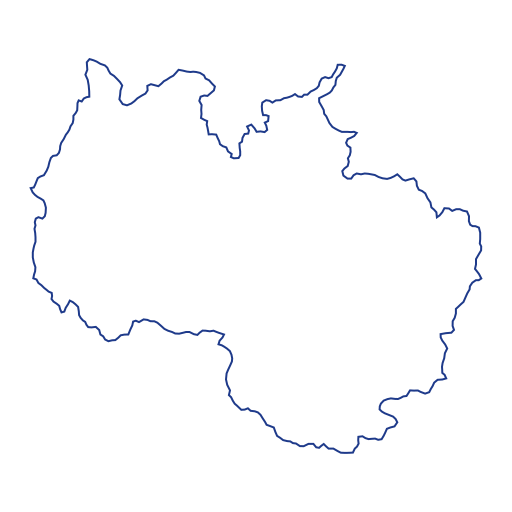 Itabira, Minas Gerais, Brazil
{"feature_id": "56859067B16136879944299", "entity_name": "Itabira", "entity_type": "district", "adm_level": 2, "iso_a3": "BRA", "parent_name": "Brazil", "parent_adm1": "Minas Gerais", "projection": "robinson", "projection_center": [-43.301, -19.603], "detail": "fine", "context": "isolated", "style": "outline", "palette": "blue", "viewbox_px": 512, "rotation_deg": 0, "n_neighbors": 0, "source": "geoboundaries", "source_scale": "gbopen_adm2", "svg_char_len": 5922}
<svg xmlns="http://www.w3.org/2000/svg" viewBox="0 0 512 512"><path d="M432.6,386.1L434.2,382.6L437.6,379.8L442.3,379.5L446.2,378.4L444.6,374.8L442.3,372.9L442.2,369.8L442.0,366.8L442.6,363.0L444.2,358.3L444.9,353.2L447.2,348.5L445.2,344.5L442.2,340.5L440.7,337.4L440.6,334.1L445.7,333.2L451.4,332.7L454.0,329.9L452.6,325.9L452.7,321.2L454.7,317.8L455.9,313.5L455.9,308.9L458.0,307.0L460.8,304.3L463.5,301.9L465.3,297.8L467.3,293.3L469.6,289.4L469.9,286.3L472.3,282.7L475.9,280.2L478.7,280.2L481.3,278.5L479.1,274.2L477.0,271.4L475.0,268.9L476.0,264.5L476.0,259.1L478.6,254.6L481.1,250.4L481.2,246.4L479.8,243.6L480.2,239.1L480.2,232.7L478.9,227.6L475.5,226.2L472.5,226.1L470.2,224.7L468.9,221.2L469.0,216.2L467.0,211.5L463.1,210.7L459.8,209.2L456.2,209.2L452.2,210.9L449.0,208.5L444.4,208.2L442.3,212.2L439.5,215.5L436.9,217.3L436.4,212.3L434.0,209.6L431.4,207.4L430.4,202.4L427.5,198.2L425.3,193.4L422.1,191.0L418.8,189.7L416.9,185.8L416.4,181.4L413.7,178.3L409.3,179.4L405.4,180.6L402.5,179.4L399.9,176.7L397.3,174.3L394.1,176.3L390.7,177.9L387.1,178.9L382.6,178.3L378.6,177.0L374.8,175.0L371.1,174.3L368.3,173.8L364.7,173.5L361.0,174.3L356.7,173.5L353.6,175.2L351.2,178.6L347.5,178.6L343.4,175.6L342.3,171.1L344.4,168.5L347.7,166.0L348.8,161.8L347.9,158.3L349.8,155.3L350.6,151.8L350.4,147.6L347.4,145.6L346.1,142.8L347.7,139.1L351.0,137.7L354.2,136.0L356.7,132.9L354.0,131.8L351.0,132.1L348.1,131.9L341.9,131.9L338.7,130.5L335.5,128.8L332.4,126.9L329.4,123.0L327.7,119.3L326.3,116.3L324.2,113.8L323.7,110.0L321.5,106.0L319.2,102.0L319.1,98.2L322.9,96.3L327.1,94.2L329.8,92.6L331.8,90.5L333.4,87.4L335.4,84.9L335.8,80.9L336.8,77.7L340.1,74.8L343.5,68.7L344.8,65.9L341.5,64.7L337.7,64.8L336.8,68.3L335.0,71.6L333.1,74.4L331.7,77.1L328.5,78.2L325.1,77.1L321.7,78.6L319.6,82.3L318.8,85.8L316.8,88.2L313.9,90.0L310.7,91.5L307.4,94.7L304.1,94.7L301.9,96.9L298.1,96.5L295.0,94.1L292.1,95.9L289.5,96.9L286.9,97.7L284.0,98.2L280.4,100.2L275.8,100.4L272.4,102.6L269.6,100.8L266.1,100.2L262.3,102.6L261.8,106.3L262.1,110.8L263.1,115.1L265.9,115.1L268.6,116.1L268.1,121.1L264.8,122.6L266.3,125.7L267.2,129.9L264.6,132.1L260.5,131.4L256.6,131.8L254.6,128.4L251.3,124.6L247.1,126.5L249.0,130.5L248.2,133.6L244.6,134.0L242.5,137.9L242.0,141.7L239.4,143.4L239.7,147.9L240.2,151.4L240.2,155.2L238.6,158.0L233.8,158.3L230.9,157.0L231.7,154.0L228.0,151.4L226.3,147.4L222.8,146.2L220.0,144.2L219.2,141.2L217.7,138.1L216.2,134.6L211.9,134.2L208.7,134.4L208.2,131.4L207.5,127.6L206.7,124.6L207.2,121.1L204.4,119.9L201.0,118.0L201.5,114.0L201.2,109.9L201.6,105.0L199.3,100.9L200.6,96.7L204.2,95.5L207.5,95.9L210.4,93.4L213.9,90.4L214.9,86.5L212.1,83.7L209.1,80.3L205.5,78.5L204.0,75.4L200.0,72.9L196.2,72.0L193.2,71.7L190.5,72.0L186.9,71.6L182.8,70.6L178.6,69.8L175.9,72.9L173.3,75.7L170.1,77.4L166.7,79.7L163.9,81.2L161.6,83.5L158.4,86.2L154.7,85.2L150.9,84.2L147.3,85.9L147.6,90.4L145.4,93.6L141.9,95.5L137.4,98.3L134.4,101.2L131.3,103.5L127.0,105.3L122.7,104.1L119.4,99.3L120.1,95.0L120.5,90.5L122.2,85.5L120.1,82.2L117.1,79.0L114.0,75.9L110.4,73.6L108.6,70.6L107.3,67.7L104.9,65.4L100.3,63.8L96.7,61.6L93.6,60.3L89.5,59.1L86.8,62.3L87.0,65.4L87.3,69.8L85.4,74.7L87.7,79.8L88.7,85.5L89.2,91.3L89.3,96.7L86.5,97.2L83.8,98.5L81.7,101.5L78.7,100.4L77.5,103.1L77.4,106.4L77.2,110.3L75.7,113.0L73.4,115.8L73.4,119.6L72.7,123.1L70.5,126.3L69.4,129.6L67.7,132.4L65.9,134.7L63.7,139.1L61.2,142.9L60.2,146.1L60.0,149.4L58.9,152.9L56.7,155.3L53.0,155.9L50.9,157.9L49.4,162.1L48.3,166.8L46.7,170.6L43.9,175.2L40.4,176.5L37.8,178.1L36.3,181.8L35.2,184.6L33.8,187.5L30.7,188.1L32.7,192.4L34.9,194.8L37.5,196.9L40.8,198.7L43.4,200.4L44.7,203.2L45.9,207.7L45.6,212.9L44.8,216.2L42.4,218.6L38.4,217.2L35.8,218.6L34.8,222.2L35.5,225.4L34.5,228.8L35.2,233.1L35.5,237.3L35.5,241.8L34.2,245.6L33.5,248.6L32.8,252.4L32.8,257.4L33.8,262.5L35.4,267.2L35.1,271.4L34.1,274.4L33.3,278.3L36.5,279.5L38.4,283.0L41.4,285.2L44.2,288.0L46.5,289.8L48.6,291.6L51.7,292.9L52.1,296.0L51.5,299.0L53.5,301.6L56.8,303.8L59.2,305.8L60.1,309.1L61.5,312.4L64.3,311.6L65.7,307.8L68.1,304.1L69.8,300.6L72.8,302.1L75.5,304.3L78.1,306.9L78.8,311.3L79.1,315.1L80.6,317.8L82.9,320.4L85.2,321.9L86.4,324.7L88.2,327.1L91.4,327.4L95.8,326.9L99.2,330.0L100.4,334.5L103.2,336.3L105.1,339.5L108.4,341.2L112.1,340.3L115.3,340.1L118.3,337.7L120.7,335.3L124.3,334.6L128.3,334.5L130.3,329.6L132.3,325.4L133.1,321.6L135.8,320.7L139.0,322.1L143.6,319.4L147.5,319.9L150.4,321.2L154.4,321.3L157.4,322.7L161.0,325.8L164.4,328.9L168.0,330.7L172.1,332.0L175.2,333.5L179.1,333.7L182.9,332.8L186.0,332.0L189.5,332.0L193.9,334.2L197.4,334.9L199.6,332.7L202.5,330.6L205.5,330.7L209.9,331.3L213.5,330.7L215.9,331.7L218.8,332.8L224.0,334.5L222.5,337.5L219.6,340.7L218.5,344.3L221.8,345.3L224.2,346.7L226.9,348.5L229.9,351.1L231.5,354.8L232.2,358.5L231.9,361.5L230.3,365.1L228.2,369.6L226.6,373.4L226.0,379.4L227.2,384.8L230.0,390.4L228.9,395.1L231.1,397.2L232.8,400.7L234.7,403.7L236.8,405.5L239.1,407.7L241.3,409.8L244.7,409.6L247.9,408.3L250.6,410.8L254.8,411.3L257.9,412.4L260.5,414.8L262.6,418.2L265.1,422.0L266.6,424.8L269.9,426.0L273.8,427.5L275.4,432.0L277.1,435.9L280.1,437.8L283.1,440.1L287.2,441.1L290.3,441.4L292.9,443.1L296.0,443.5L299.9,446.1L303.7,446.2L308.4,443.9L313.4,443.9L316.2,447.3L319.1,447.8L321.2,445.9L323.7,444.0L326.0,446.3L328.6,448.6L333.4,448.6L337.7,451.1L340.8,452.7L345.2,452.9L348.9,452.8L352.9,452.6L354.8,448.6L357.0,446.6L358.6,443.6L358.2,440.3L358.4,436.8L362.5,436.3L365.4,438.1L368.5,439.1L372.0,438.8L375.1,438.6L378.2,439.8L381.6,439.2L383.6,435.9L385.0,433.1L386.9,428.8L390.3,427.5L394.5,426.4L397.3,422.3L395.6,419.0L393.1,416.6L388.6,414.8L384.8,413.3L381.9,411.6L379.6,409.4L379.8,406.3L380.9,403.6L383.7,400.6L387.5,399.1L390.9,398.4L395.0,398.9L398.0,399.0L400.6,397.9L403.3,396.4L406.5,396.0L408.2,393.4L410.0,390.4L413.9,390.6L417.9,390.5L420.6,391.9L425.1,393.6L429.2,392.2L430.8,389.0L432.6,386.1Z" fill="none" stroke="#1e3a8a" stroke-width="2"/></svg>